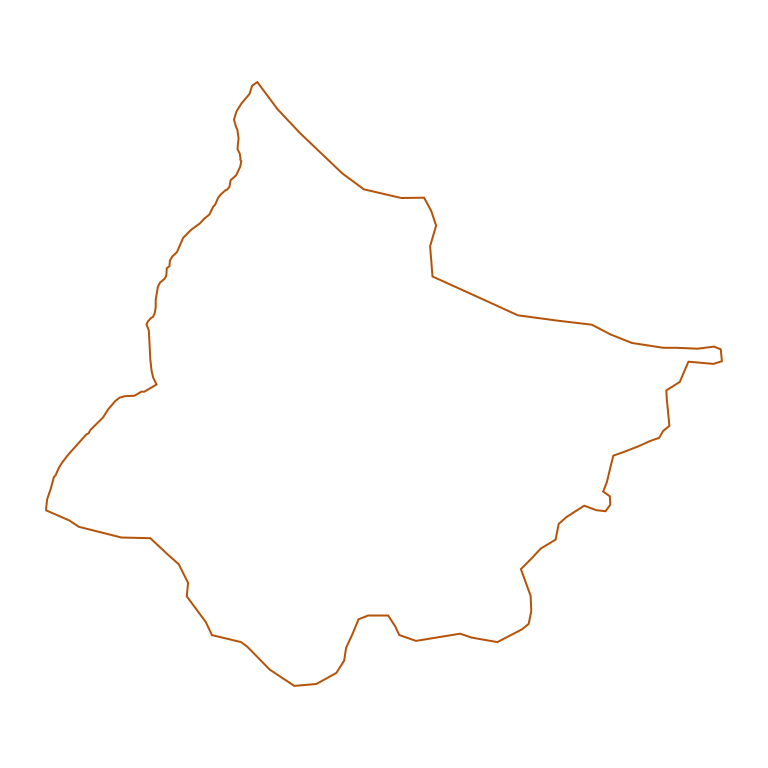 the district of Faro-et-Deo, Adamaoua, Cameroon
{"feature_id": "32672807B79440248069412", "entity_name": "Faro-et-Deo", "entity_type": "district", "adm_level": 2, "iso_a3": "CMR", "parent_name": "Cameroon", "parent_adm1": "Adamaoua", "projection": "orthographic", "projection_center": [12.392, 7.524], "detail": "fine", "context": "isolated", "style": "outline", "palette": "amber", "viewbox_px": 768, "rotation_deg": 0, "n_neighbors": 0, "source": "geoboundaries", "source_scale": "gbopen_adm2", "svg_char_len": 2110}
<svg xmlns="http://www.w3.org/2000/svg" viewBox="0 0 768 768"><path d="M521.9,629.4L524.5,627.3L528.7,623.9L531.3,610.8L530.6,595.8L520.9,569.1L531.3,558.7L540.8,548.5L555.6,539.6L558.7,523.9L566.7,516.9L584.2,505.7L596.4,510.2L605.6,511.2L610.3,504.7L609.8,496.2L603.2,491.6L607.0,481.6L609.9,469.4L613.3,455.7L624.5,451.7L639.8,445.7L650.4,440.9L659.2,437.8L663.1,431.0L669.4,425.9L666.8,399.1L666.3,390.4L679.8,381.9L688.4,361.7L713.5,363.9L721.9,361.2L720.8,349.4L714.1,346.6L697.7,348.7L676.5,347.8L663.3,347.8L632.0,343.0L610.6,334.5L591.8,324.7L557.9,320.7L517.8,315.3L483.0,299.4L480.6,298.3L432.5,276.5L430.1,246.2L436.1,225.6L431.3,211.1L424.1,197.7L401.3,198.0L363.8,189.3L342.4,173.5L338.7,170.0L299.8,132.9L277.6,109.3L257.3,82.1L252.2,85.6L249.4,94.1L244.8,99.5L241.5,103.4L236.5,111.4L235.0,116.2L234.0,119.7L235.7,125.9L237.4,129.9L238.6,138.6L237.9,144.0L237.5,148.9L239.8,153.9L240.5,158.3L240.3,159.7L241.3,161.2L240.2,166.7L236.0,175.5L230.6,180.2L229.5,186.6L227.4,189.4L225.4,190.3L222.8,192.6L220.6,194.6L218.1,197.8L215.1,204.8L213.4,206.4L209.3,214.6L204.1,218.8L199.9,223.4L191.2,229.7L183.1,237.9L181.8,240.9L177.0,252.0L172.4,256.4L169.9,260.6L169.5,266.1L166.8,268.2L166.3,275.7L164.6,278.7L160.0,282.6L157.9,286.8L157.0,291.8L155.7,300.0L155.7,307.4L154.8,312.8L153.0,316.9L150.7,318.2L147.9,321.5L146.5,324.5L148.8,330.3L149.7,347.2L150.3,359.3L151.6,370.9L153.1,377.4L156.5,384.5L144.1,391.8L141.5,391.6L138.3,393.5L134.5,395.7L124.7,396.2L119.7,397.6L115.3,401.0L108.2,409.3L103.0,417.5L93.5,426.9L91.7,428.7L90.3,430.0L88.6,433.3L86.4,434.3L68.1,454.8L62.0,462.7L58.8,467.9L56.9,472.3L55.7,475.1L53.8,477.3L50.8,488.6L47.1,499.4L46.1,508.8L46.2,510.4L69.4,520.5L78.8,526.8L121.2,537.5L150.3,538.2L168.2,554.9L178.8,564.3L188.1,583.0L187.8,585.6L186.8,596.4L206.0,622.4L211.9,635.1L239.0,641.6L241.0,642.1L247.2,646.6L269.7,669.6L294.3,685.9L316.3,684.0L336.4,672.9L344.2,660.5L346.1,647.8L352.6,633.8L358.5,619.3L368.1,615.5L388.2,615.5L395.3,626.6L399.2,635.0L416.0,640.9L460.1,633.7L471.7,637.6L497.4,642.1L521.9,629.4Z" fill="none" stroke="#b45309" stroke-width="2"/></svg>